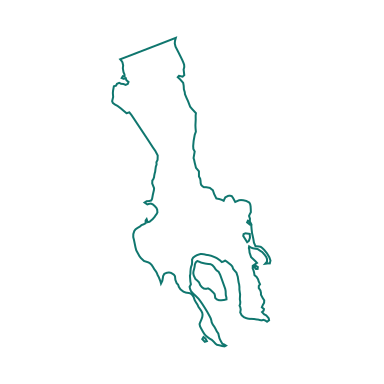 Godofredo Viana, Maranhão, Brazil, rotated 140°
{"feature_id": "56859067B50011400065460", "entity_name": "Godofredo Viana", "entity_type": "district", "adm_level": 2, "iso_a3": "BRA", "parent_name": "Brazil", "parent_adm1": "Maranhão", "projection": "robinson", "projection_center": [-45.732, -1.359], "detail": "fine", "context": "isolated", "style": "outline", "palette": "teal", "viewbox_px": 384, "rotation_deg": 140, "n_neighbors": 0, "source": "geoboundaries", "source_scale": "gbopen_adm2", "svg_char_len": 5552}
<svg xmlns="http://www.w3.org/2000/svg" viewBox="0 0 384 384"><g transform="rotate(140 192 192)"><path d="M161.7,339.8L161.7,337.9L161.9,336.1L163.4,333.2L165.4,331.3L167.4,327.9L168.2,325.4L169.3,323.9L170.5,325.2L172.6,324.5L171.6,322.6L169.6,321.7L170.4,319.8L169.9,317.1L171.7,316.1L174.0,316.7L175.1,318.8L176.8,320.5L177.6,322.4L179.9,323.1L181.8,322.3L183.9,323.2L187.3,320.4L189.0,318.7L191.3,315.5L194.8,312.9L195.4,311.1L194.8,308.5L193.7,305.8L192.7,301.4L192.2,298.3L191.8,296.1L191.5,294.4L188.8,293.3L188.9,289.9L189.2,287.1L192.3,259.5L193.3,251.5L193.7,247.0L194.8,242.0L196.5,240.1L197.8,238.7L200.1,237.7L201.5,235.8L203.4,234.7L205.6,232.7L207.2,231.2L208.7,230.2L210.2,229.0L211.6,227.7L213.4,226.7L215.0,226.3L217.0,224.1L217.8,221.7L218.6,219.3L220.0,217.9L223.6,215.2L227.0,212.4L228.7,211.7L230.8,212.7L232.7,214.1L235.1,214.4L234.2,211.2L232.5,210.5L231.0,209.6L230.0,207.8L229.6,205.3L229.5,202.7L230.0,200.9L231.6,198.6L233.5,197.8L235.0,197.5L236.5,197.0L239.6,196.5L243.7,196.5L245.4,197.4L244.2,200.4L245.8,200.0L247.6,197.9L249.7,198.3L252.0,199.1L253.9,199.0L256.9,199.5L259.3,199.7L261.3,199.2L264.0,197.5L266.0,195.2L267.2,192.7L270.9,185.9L272.2,183.1L272.7,180.6L273.5,176.6L273.6,174.3L273.4,172.5L273.1,170.0L270.6,166.0L270.0,164.2L269.8,162.1L270.1,159.4L270.5,157.3L270.7,154.1L271.1,152.2L271.7,150.6L272.2,148.1L273.6,143.9L274.6,141.8L271.9,143.0L269.7,144.8L268.1,146.2L265.8,147.1L263.4,146.4L261.4,145.2L260.1,143.6L259.5,141.9L259.0,140.2L259.2,138.4L261.2,135.4L262.4,131.9L262.2,130.0L263.1,127.7L263.4,125.0L263.1,123.3L262.6,121.1L261.3,118.8L259.2,116.5L258.3,115.1L258.0,112.8L258.3,110.3L259.4,107.6L259.9,104.9L260.2,102.3L260.9,99.8L261.1,97.3L261.3,95.1L261.8,92.9L262.8,91.2L264.5,89.6L266.7,88.3L269.3,87.0L271.1,86.0L272.2,83.9L272.7,81.8L273.1,79.7L273.5,77.6L273.8,75.3L273.8,73.2L273.4,71.1L272.7,68.2L271.9,66.1L271.6,63.6L271.5,60.6L271.1,58.9L269.5,56.9L267.9,54.6L266.3,52.8L264.7,52.5L265.4,54.6L266.3,56.2L266.0,58.1L265.6,60.1L265.0,62.3L263.8,64.8L262.8,66.7L262.6,69.3L261.9,72.2L261.5,74.4L261.3,77.1L260.7,79.5L259.8,81.1L258.9,83.1L258.3,85.7L257.4,90.2L256.7,94.8L256.1,99.5L255.8,102.7L255.6,106.0L256.0,110.5L256.4,113.3L256.5,116.7L255.8,118.9L254.8,120.9L252.2,122.0L250.7,124.6L247.4,129.2L246.0,130.2L244.4,132.0L242.4,134.0L240.8,135.3L238.8,136.4L236.9,138.3L235.4,140.2L233.3,141.0L230.6,140.8L228.7,140.4L226.9,139.7L225.1,138.9L223.9,137.7L222.6,136.3L221.5,134.7L220.0,133.1L218.3,130.8L217.1,128.6L216.1,126.7L215.4,125.0L214.5,121.7L214.2,119.2L212.5,118.5L210.7,118.2L210.1,116.3L209.7,114.4L209.0,110.9L209.0,109.0L209.9,106.6L209.9,104.1L209.8,101.7L210.7,99.5L211.4,97.7L213.5,94.3L214.5,92.6L215.3,90.9L216.7,88.8L218.4,86.8L219.8,84.6L221.0,82.6L222.4,81.1L224.3,79.1L225.7,76.7L227.2,75.2L228.6,74.4L229.1,72.7L230.2,70.7L232.5,68.7L233.2,65.6L232.7,62.7L231.6,60.6L230.5,59.0L229.3,57.7L227.7,56.3L226.0,54.7L224.5,52.9L223.3,51.7L222.1,50.0L221.0,48.8L219.5,48.2L218.5,46.5L217.9,44.4L215.4,44.2L214.4,46.0L214.4,48.2L214.5,49.9L215.4,52.0L215.5,55.0L213.4,55.1L212.1,56.1L212.6,58.8L210.4,59.9L208.0,60.8L206.3,62.6L206.0,65.3L205.2,69.0L204.0,70.4L202.9,72.6L202.6,75.5L201.2,77.1L199.2,77.6L198.4,80.6L197.5,82.7L197.1,85.5L197.6,88.1L196.1,90.6L195.2,92.6L194.6,94.5L192.9,96.4L190.8,96.2L187.8,95.9L187.9,98.2L188.6,104.1L187.5,106.9L186.9,108.5L185.2,111.0L184.5,112.5L183.2,113.6L182.7,111.8L181.5,109.7L178.4,106.1L177.6,103.3L176.8,100.8L176.7,97.1L176.9,94.5L177.6,92.5L179.2,90.5L182.1,90.0L180.0,88.7L178.3,87.3L176.0,89.0L174.7,92.3L174.0,96.8L173.9,101.2L174.2,104.1L174.6,105.8L175.8,107.3L178.2,109.7L177.1,113.4L175.3,116.4L173.5,119.8L172.5,121.8L170.2,125.3L168.5,127.7L167.4,128.8L166.6,132.3L164.7,134.4L163.7,137.0L161.9,137.9L159.9,138.7L158.0,141.1L156.3,143.4L155.3,145.2L154.9,147.1L156.2,150.3L158.0,152.7L159.6,154.3L161.2,155.4L162.9,155.9L165.3,156.6L164.4,161.0L164.2,163.3L165.4,164.9L166.8,165.8L169.9,166.5L171.8,165.7L173.4,164.9L174.2,166.8L175.5,168.9L177.5,171.4L176.3,176.3L174.9,179.9L175.7,183.7L178.1,186.6L179.8,188.0L180.3,189.7L180.4,191.6L179.6,193.3L178.4,194.9L177.2,196.9L176.7,199.4L175.3,201.1L173.4,203.4L173.4,208.0L172.3,210.2L171.2,212.5L169.7,215.3L169.0,217.0L163.9,221.3L163.3,224.1L161.6,226.4L157.9,230.1L153.1,234.1L150.3,235.7L148.2,238.7L146.5,240.9L142.7,245.0L140.1,248.2L138.3,249.9L138.6,255.5L138.6,258.5L136.6,264.3L135.9,267.0L134.5,271.5L133.4,273.1L132.2,275.9L130.1,278.7L128.6,281.3L128.7,286.0L129.1,289.1L127.3,289.4L125.1,286.4L122.8,286.5L119.7,291.2L117.6,292.7L116.2,294.6L115.4,296.8L114.7,299.1L114.0,301.9L112.6,307.7L111.2,313.9L109.7,316.9L107.9,318.7L105.3,320.5L116.5,324.3L161.7,339.8ZM182.0,118.1L181.0,125.4L179.5,126.6L177.6,126.0L174.7,122.8L177.0,119.7L179.9,118.0L182.0,118.1ZM166.6,132.3L168.7,130.4L169.3,133.3L167.6,134.1L166.6,132.3ZM234.3,135.7L236.3,134.7L237.9,133.2L239.7,131.8L241.7,130.4L243.1,129.1L244.3,127.0L245.3,123.2L244.9,120.8L244.7,118.3L245.6,115.2L245.6,112.7L245.0,110.4L243.5,108.8L241.6,107.8L240.8,105.5L240.3,101.1L240.3,99.3L241.2,97.6L242.3,96.0L242.0,93.7L241.0,91.9L239.4,90.4L236.7,88.6L234.6,87.6L233.5,89.0L232.4,91.3L231.0,93.1L229.9,94.5L228.8,96.5L225.8,104.6L223.6,110.6L222.9,113.8L223.5,116.0L223.6,117.8L223.3,120.1L223.4,122.8L224.2,124.8L226.0,126.6L227.7,128.5L229.0,130.2L230.4,132.1L231.2,133.8L232.3,135.7L234.3,135.7ZM278.7,72.7L278.5,69.0L276.5,68.2L275.9,71.1L276.4,73.5L278.7,72.7ZM192.5,91.9L191.2,90.9L189.8,92.2L190.5,94.3L192.5,94.5L192.5,91.9Z" fill="none" stroke="#0f766e" stroke-width="2"/></g></svg>